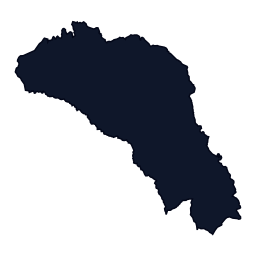 the district of Poiana Cristei, Vrancea, Romania
{"feature_id": "2599482B17918493537956", "entity_name": "Poiana Cristei", "entity_type": "district", "adm_level": 2, "iso_a3": "ROU", "parent_name": "Romania", "parent_adm1": "Vrancea", "projection": "albers", "projection_center": [26.947, 45.68], "detail": "fine", "context": "isolated", "style": "filled", "palette": "ink", "viewbox_px": 256, "rotation_deg": 0, "n_neighbors": 0, "source": "geoboundaries", "source_scale": "gbopen_adm2", "svg_char_len": 5749}
<svg xmlns="http://www.w3.org/2000/svg" viewBox="0 0 256 256"><path d="M187.0,66.4L182.5,64.4L181.4,63.3L180.6,62.0L178.4,60.4L176.6,59.6L170.3,53.4L169.3,53.4L168.6,51.5L167.5,51.4L167.2,49.5L166.0,48.0L164.2,47.2L158.9,46.2L157.5,45.6L154.5,45.8L153.1,45.3L150.7,46.5L149.5,45.1L148.9,43.8L144.7,40.0L143.7,38.4L142.6,37.5L141.5,37.6L140.7,39.1L140.7,40.0L140.4,40.0L139.7,38.4L139.5,36.8L138.9,36.1L136.9,35.0L134.4,35.0L132.8,35.4L130.9,34.9L129.5,36.1L126.0,37.8L125.4,39.4L123.1,37.6L121.4,37.9L119.7,37.4L119.0,38.1L116.9,39.1L113.9,39.8L113.3,40.4L110.8,41.7L109.2,41.4L107.9,41.6L106.8,42.7L105.0,40.9L105.2,40.0L104.8,39.5L103.8,39.2L101.7,37.5L101.3,36.5L101.5,35.3L101.0,34.6L100.9,33.7L100.5,33.5L100.0,33.9L99.5,33.1L99.1,33.0L99.4,31.4L97.9,27.8L96.1,27.8L95.5,28.5L93.5,29.0L88.1,27.1L86.6,25.8L86.1,23.9L83.7,21.9L81.6,23.2L80.0,22.5L78.1,23.3L77.2,22.0L76.2,22.9L75.7,22.9L75.0,22.2L72.8,21.7L71.8,24.6L72.4,25.1L72.8,26.1L73.3,26.6L73.4,27.0L73.1,27.9L73.5,28.7L73.6,29.8L74.9,30.8L74.0,32.5L75.3,35.3L75.2,35.6L73.5,36.6L73.1,37.3L72.7,37.4L72.5,37.1L72.5,35.9L72.4,34.9L72.1,34.6L72.1,33.0L70.7,31.9L69.7,32.1L69.2,32.7L67.2,34.1L66.8,34.0L65.8,32.0L65.4,30.6L65.4,29.6L63.9,28.5L62.9,28.8L61.9,30.4L62.1,32.4L61.6,34.6L62.1,36.1L60.9,38.2L59.5,38.1L57.6,36.2L56.9,36.7L55.8,38.9L55.2,38.9L54.7,38.5L54.5,37.4L53.4,36.7L52.9,37.3L52.0,39.9L51.2,40.0L50.2,40.6L48.8,40.3L47.9,41.8L47.8,40.2L47.3,39.9L47.6,39.1L44.4,38.2L43.3,39.5L42.6,40.8L41.5,42.2L39.5,43.6L39.5,44.0L39.0,44.3L34.6,50.6L23.2,55.7L20.4,55.9L18.9,57.3L17.7,59.8L17.5,61.1L18.2,61.6L19.0,63.4L19.1,64.2L17.8,67.6L16.7,67.9L16.3,68.5L15.4,71.7L15.6,72.5L16.5,73.4L18.0,76.4L20.3,77.8L21.1,78.9L21.3,79.8L24.3,84.0L25.5,90.3L28.9,90.8L29.3,92.4L31.3,91.7L31.9,91.0L32.8,91.3L33.5,91.1L33.9,91.7L34.3,93.1L34.6,93.2L35.5,92.9L35.9,91.6L36.8,91.7L37.6,91.4L38.7,92.1L40.6,91.5L41.8,92.9L42.6,93.0L43.0,92.6L42.7,91.6L43.1,91.2L44.7,92.1L45.3,93.0L45.7,94.2L46.8,94.6L47.9,96.1L48.8,96.1L49.6,96.6L53.1,96.3L53.7,96.7L54.0,97.4L55.7,98.0L58.2,97.8L60.2,99.2L61.3,99.5L64.0,99.0L65.8,101.3L67.1,101.8L67.7,101.7L68.1,102.1L68.8,101.9L69.6,102.7L69.7,103.2L71.8,104.4L72.1,105.7L73.8,104.9L74.4,105.5L74.8,106.9L76.4,107.5L76.3,109.1L77.1,110.5L78.4,109.5L80.0,109.8L81.6,112.1L83.5,113.5L85.2,113.7L85.5,114.6L87.8,115.1L88.0,115.7L87.4,116.9L88.1,118.0L89.0,118.4L89.1,119.3L89.8,119.8L90.4,120.9L90.2,121.9L91.3,123.8L92.0,124.1L92.9,123.6L95.5,124.5L95.8,125.5L97.5,127.8L97.2,129.1L97.3,129.4L99.7,129.2L100.9,129.5L101.3,131.5L103.0,131.4L103.8,132.1L103.8,133.2L104.0,133.9L104.9,134.2L105.6,134.1L107.4,135.2L108.1,135.1L109.0,136.0L111.2,136.2L111.6,136.6L112.6,136.7L113.5,137.3L116.8,136.1L117.6,136.3L118.0,137.0L117.9,138.0L119.3,138.2L121.5,139.1L122.0,139.4L122.2,140.1L123.1,140.4L124.4,140.5L126.6,140.0L127.4,141.3L128.3,141.9L128.4,142.9L129.5,142.9L131.2,144.1L133.9,150.3L133.7,151.3L133.0,152.1L133.6,154.2L132.8,155.0L132.8,156.2L133.3,157.1L132.8,158.6L133.6,159.6L133.5,160.7L134.1,162.1L133.7,162.5L133.7,162.9L136.0,163.7L137.0,163.4L137.3,165.1L137.7,165.8L138.9,166.6L139.8,166.1L140.5,167.7L140.9,169.4L141.1,169.7L141.7,169.5L143.4,171.0L144.6,174.1L145.7,175.8L147.1,175.8L148.9,175.1L149.9,176.5L151.3,177.4L152.4,177.4L153.1,178.4L156.5,180.6L156.5,181.1L155.2,182.0L154.7,183.3L156.5,185.1L156.0,185.9L156.1,187.8L156.5,188.3L157.1,188.4L158.5,189.4L158.6,190.8L158.3,192.0L159.1,194.1L159.9,194.5L161.7,197.0L161.9,198.4L162.5,199.5L163.5,200.0L163.3,201.1L163.8,202.1L163.6,202.5L164.2,203.0L164.4,204.0L165.7,206.4L165.7,207.0L164.6,208.6L165.0,210.8L166.0,212.8L165.9,213.8L166.4,213.9L167.5,210.3L170.6,210.2L172.6,208.6L173.9,208.4L176.1,207.3L177.2,206.0L177.9,205.8L178.7,204.6L179.8,203.8L180.3,202.7L181.8,201.6L182.1,200.9L182.6,200.5L186.1,200.3L186.7,199.7L189.8,198.9L192.5,199.1L191.1,202.4L191.1,203.0L191.8,203.9L191.8,204.5L191.7,205.8L190.6,208.1L190.9,212.8L190.5,214.7L192.8,217.6L194.0,221.5L195.3,222.1L196.0,223.1L196.7,225.9L197.1,229.3L197.4,229.3L198.0,228.0L198.6,227.6L201.0,228.7L204.2,228.5L205.9,229.7L207.7,230.3L209.1,231.4L209.7,232.3L211.8,233.4L212.7,234.3L215.0,230.3L217.3,227.2L221.5,225.1L221.8,224.7L221.5,223.3L225.4,218.7L226.9,217.5L229.5,216.8L232.7,218.1L237.3,218.6L238.8,219.2L240.3,218.8L240.6,218.4L240.5,216.7L239.1,215.2L237.7,212.4L236.6,211.3L236.5,210.3L237.0,209.2L239.2,208.6L240.4,207.9L240.5,207.4L240.2,206.1L238.9,204.6L238.9,204.0L239.3,203.3L238.3,200.5L236.4,198.2L234.4,197.3L233.4,196.2L232.4,196.3L232.8,194.9L235.7,192.5L235.1,191.9L235.7,191.5L235.2,190.4L235.5,189.4L233.0,184.4L233.6,183.6L233.9,182.1L233.7,181.0L231.8,179.4L230.8,179.1L230.1,178.2L230.0,177.6L230.3,175.2L229.6,174.1L228.3,173.0L226.9,169.1L226.6,167.5L225.3,166.6L223.7,166.8L222.7,166.3L221.5,164.9L221.5,164.1L221.2,163.5L219.4,162.9L218.1,161.0L218.8,160.1L220.6,159.6L221.6,157.8L221.2,156.2L220.8,156.1L219.4,157.2L218.5,157.5L218.0,156.2L219.7,155.6L219.1,154.1L218.1,153.8L217.5,154.5L217.6,155.1L216.8,155.8L217.0,156.2L216.3,156.6L214.8,155.3L212.5,154.2L208.9,150.3L208.1,148.1L206.9,146.3L206.4,145.2L207.2,144.8L207.1,142.9L207.6,142.3L207.8,139.5L208.7,136.8L206.3,136.1L206.1,135.5L204.6,134.6L203.9,133.5L204.0,132.6L203.4,131.9L202.5,131.9L201.7,132.9L200.2,131.7L199.9,130.9L200.3,129.1L201.4,128.5L201.0,126.2L200.2,125.9L197.8,126.0L197.0,124.6L195.7,123.6L195.1,122.3L195.0,119.8L193.7,116.3L193.7,114.8L193.2,113.9L193.6,112.8L193.1,111.9L193.0,109.6L192.6,108.7L192.7,106.7L191.9,103.5L192.0,103.0L191.2,101.4L191.5,100.9L190.3,98.3L189.1,96.7L189.9,94.3L194.1,92.1L195.0,88.7L194.8,87.6L193.6,85.8L193.6,84.9L192.6,84.6L190.8,82.0L189.2,80.5L189.0,76.5L187.6,74.9L187.6,72.4L186.8,69.2L187.5,67.4L187.0,66.4Z" fill="#0f172a" stroke="#020617" stroke-width="1.5"/></svg>